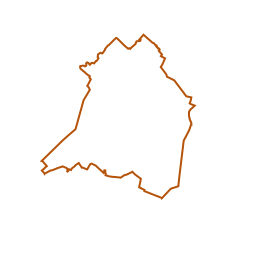 Roosendaal, Noord-Brabant, Netherlands, rotated 305°
{"feature_id": "6326949B28559348449199", "entity_name": "Roosendaal", "entity_type": "district", "adm_level": 2, "iso_a3": "NLD", "parent_name": "Netherlands", "parent_adm1": "Noord-Brabant", "projection": "orthographic", "projection_center": [4.432, 51.51], "detail": "fine", "context": "isolated", "style": "outline", "palette": "amber", "viewbox_px": 256, "rotation_deg": 305, "n_neighbors": 0, "source": "geoboundaries", "source_scale": "gbopen_adm2", "svg_char_len": 4916}
<svg xmlns="http://www.w3.org/2000/svg" viewBox="0 0 256 256"><g transform="rotate(305 128 128)"><path d="M90.0,196.0L90.4,196.1L91.2,196.2L102.8,197.9L103.0,198.0L109.1,202.6L109.9,202.3L111.1,201.5L117.7,197.9L149.0,181.2L149.6,180.9L152.5,180.5L152.9,180.4L153.2,180.5L155.8,180.1L159.4,179.6L161.2,179.4L161.9,179.2L162.3,179.1L165.6,178.1L167.1,177.7L167.2,177.9L167.4,177.7L167.6,177.5L168.2,177.2L168.4,176.8L168.5,176.8L168.8,176.6L168.9,176.4L169.1,176.0L169.2,175.6L169.3,175.4L169.6,175.2L169.8,174.9L169.9,174.7L170.0,174.4L170.1,174.1L170.3,173.8L170.5,173.7L170.8,173.5L170.8,173.4L171.4,172.6L171.6,172.5L171.8,172.3L172.0,171.9L172.5,171.5L172.7,171.2L173.7,170.5L173.9,170.3L174.1,170.2L174.6,169.8L174.7,169.7L175.2,169.4L175.3,169.4L175.6,169.2L175.8,169.0L176.1,168.8L176.3,168.8L176.5,168.7L176.9,168.6L177.0,168.6L177.6,168.6L178.2,168.6L178.4,168.6L178.5,168.6L178.8,168.6L179.4,168.6L180.8,169.0L184.0,169.7L184.6,169.8L183.6,165.6L183.5,165.3L183.5,164.4L184.2,164.2L186.3,163.7L189.4,162.3L188.0,159.0L187.4,157.6L193.5,138.9L193.6,138.7L192.6,131.8L192.3,130.7L193.9,128.6L194.0,128.3L196.7,119.9L199.8,119.7L206.3,118.4L205.7,114.0L205.7,113.8L205.7,113.7L205.8,113.7L207.6,113.8L207.8,113.3L208.2,111.6L208.9,109.0L208.9,108.9L209.1,108.8L209.3,108.8L210.2,109.0L210.4,109.0L210.5,108.9L210.6,108.7L210.9,107.5L210.9,107.4L210.8,107.1L210.5,106.9L210.4,106.8L210.4,106.7L211.7,104.4L211.1,104.4L211.2,104.1L212.0,101.5L212.1,101.2L212.3,101.0L212.3,100.9L212.3,100.6L212.2,100.1L211.9,99.2L212.8,91.5L213.3,87.2L207.4,86.6L207.7,87.3L207.6,87.5L207.5,87.8L206.7,88.0L206.4,88.0L206.2,87.9L205.9,87.7L204.2,85.5L203.9,85.4L203.7,85.3L202.3,85.6L201.1,86.0L201.3,86.0L198.5,85.3L198.4,85.3L196.2,84.7L194.1,84.4L194.2,83.7L194.1,83.3L194.0,83.2L193.9,83.1L193.7,83.0L193.5,82.9L193.3,82.9L193.1,82.8L193.0,82.6L193.0,82.4L193.1,81.7L193.2,80.8L193.4,77.9L193.5,77.7L193.7,76.5L194.6,71.3L195.0,68.8L195.0,68.7L195.2,67.3L195.2,67.1L195.1,66.8L195.0,66.7L194.8,66.6L194.2,66.4L184.8,64.7L184.7,64.7L184.5,64.4L184.4,64.3L183.7,64.2L180.0,63.9L179.7,63.9L179.5,64.0L179.4,64.0L179.0,64.3L178.8,64.3L178.5,64.3L176.2,64.3L174.5,64.1L174.4,64.2L174.2,64.1L174.1,63.5L174.1,63.0L174.0,62.7L173.9,62.5L173.8,62.4L173.7,62.3L173.2,62.0L172.7,61.8L171.7,61.5L171.3,61.2L171.1,61.2L171.0,61.3L169.9,61.8L169.6,62.0L169.3,62.2L169.2,62.4L168.6,62.5L168.5,63.0L168.4,63.2L168.3,63.4L168.0,63.6L168.0,63.8L166.3,63.9L164.9,63.8L164.5,63.3L161.5,63.2L161.3,62.9L161.2,62.6L161.2,62.3L161.1,62.1L161.0,61.6L161.0,61.4L160.9,61.3L160.7,61.1L160.2,60.8L159.7,60.6L158.9,60.7L158.6,60.7L158.1,60.6L157.9,60.5L157.9,60.4L157.9,60.2L158.0,60.0L158.2,59.5L158.4,59.0L158.5,58.8L158.5,58.2L158.5,57.9L158.5,57.6L158.5,57.4L158.4,57.1L158.1,56.8L157.9,56.6L157.7,56.6L157.1,56.7L156.8,56.7L156.6,56.9L156.4,57.2L156.0,57.5L155.6,57.8L155.4,57.9L155.1,57.9L154.7,57.9L154.3,57.7L153.9,57.5L154.0,56.8L153.9,56.6L153.7,56.1L153.0,55.0L152.9,54.9L152.7,54.7L152.0,54.2L151.7,53.9L151.4,53.4L151.0,53.5L150.8,53.6L150.5,53.8L150.2,54.1L150.0,54.3L149.8,54.4L149.7,54.5L149.4,55.1L149.3,55.6L149.2,56.0L149.2,57.3L149.1,57.6L149.1,57.9L148.9,58.7L148.9,59.1L149.0,59.8L148.8,60.9L148.8,61.3L148.6,61.9L148.6,62.1L148.5,64.5L148.4,64.9L148.4,65.2L148.5,66.1L148.6,66.3L148.6,66.7L148.6,66.9L148.5,67.0L148.3,67.1L147.9,67.2L147.6,67.3L147.2,67.4L147.1,67.5L146.6,69.5L146.4,69.7L145.9,69.7L143.8,69.9L143.4,70.0L142.3,70.2L141.2,70.3L139.7,70.5L139.1,70.5L139.0,71.2L138.9,71.9L138.7,72.5L138.4,73.2L138.0,73.8L137.4,74.8L125.2,75.7L117.1,78.6L109.9,81.1L104.6,83.0L104.1,83.2L103.8,83.3L96.8,85.7L87.5,83.3L80.3,81.6L51.5,76.2L51.7,76.7L51.7,76.8L51.7,77.1L51.7,77.4L50.8,81.0L50.2,83.4L47.7,82.7L47.3,82.8L47.2,82.8L43.8,81.8L42.9,85.6L42.7,85.9L42.8,85.9L48.9,89.0L49.7,90.0L51.8,91.4L53.9,92.8L54.0,92.8L54.4,93.0L55.7,94.0L57.3,95.2L58.0,95.8L58.3,96.0L59.1,96.5L60.0,100.8L59.4,101.8L59.7,102.1L58.0,103.0L57.6,103.1L57.6,103.5L60.6,103.9L60.9,105.3L61.1,105.2L61.4,105.3L62.8,105.2L65.8,106.2L66.2,106.3L66.4,106.3L66.5,106.3L66.8,106.2L67.0,106.2L69.9,107.3L71.1,107.7L71.1,107.9L71.0,108.0L70.3,109.6L69.9,110.7L69.8,111.0L69.7,111.2L69.2,112.4L69.3,112.4L69.4,112.9L70.6,118.2L72.3,118.2L72.7,118.1L73.3,118.1L73.6,118.0L75.3,117.9L75.7,117.9L76.8,117.8L77.5,118.3L78.0,118.7L78.2,119.9L78.2,120.4L78.7,123.0L77.9,128.6L77.2,133.9L77.4,133.9L77.9,133.7L79.8,132.9L80.2,133.8L79.3,134.2L79.0,134.4L78.8,134.7L77.6,136.2L76.4,136.7L76.9,138.2L77.2,139.0L77.3,139.5L77.8,140.8L78.0,141.2L79.3,143.6L80.8,146.2L83.0,150.1L83.1,150.5L83.3,150.6L85.0,151.2L87.5,152.2L87.7,152.3L88.5,153.3L89.0,153.6L91.0,154.7L91.3,154.9L92.2,155.4L94.1,156.4L94.7,156.7L94.5,157.2L94.2,158.9L93.9,161.3L93.9,161.5L93.9,163.2L93.8,167.6L91.1,168.9L87.4,170.4L85.9,171.1L86.0,171.7L85.9,171.7L86.1,172.9L86.3,174.5L86.7,177.0L85.7,177.6L87.1,183.5L90.1,195.9L90.0,196.0Z" fill="none" stroke="#b45309" stroke-width="2"/></g></svg>